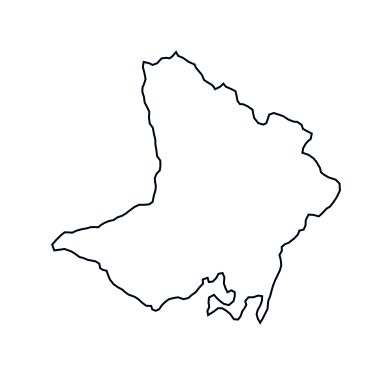 Rio Rufino, Santa Catarina, Brazil (orthographic projection), rotated 170°
{"feature_id": "56859067B87271678481012", "entity_name": "Rio Rufino", "entity_type": "district", "adm_level": 2, "iso_a3": "BRA", "parent_name": "Brazil", "parent_adm1": "Santa Catarina", "projection": "orthographic", "projection_center": [-49.748, -27.921], "detail": "fine", "context": "isolated", "style": "outline", "palette": "ink", "viewbox_px": 384, "rotation_deg": 170, "n_neighbors": 0, "source": "geoboundaries", "source_scale": "gbopen_adm2", "svg_char_len": 2876}
<svg xmlns="http://www.w3.org/2000/svg" viewBox="0 0 384 384"><g transform="rotate(170 192 192)"><path d="M46.1,167.7L45.2,174.7L48.4,179.2L55.1,182.8L59.3,186.4L61.6,189.1L61.8,193.4L64.4,200.5L66.7,204.3L70.8,208.4L76.5,211.5L74.8,216.0L71.8,219.6L69.2,221.8L65.9,223.6L63.9,228.7L68.6,232.3L71.8,234.9L72.4,239.1L76.2,242.8L79.4,243.5L84.5,246.6L88.9,250.8L92.5,252.8L97.8,255.6L102.6,254.8L104.7,250.7L106.8,246.9L110.1,246.0L114.8,248.4L117.9,254.0L118.1,258.4L118.1,262.5L122.3,266.7L126.3,269.5L129.6,270.3L131.4,273.9L131.4,279.0L131.6,283.6L134.6,286.0L140.4,289.9L142.3,293.3L145.7,290.9L151.3,289.2L153.4,293.6L156.9,296.7L160.7,300.2L161.9,305.7L164.6,310.3L166.4,313.5L167.4,317.2L172.5,320.6L177.6,325.7L182.0,328.5L183.4,332.6L187.7,329.1L190.8,327.5L193.9,328.6L198.7,328.9L204.0,324.8L208.7,324.0L211.7,326.2L217.0,328.5L218.7,323.6L218.2,317.4L218.1,311.2L220.7,306.4L222.6,303.5L223.5,299.3L222.8,293.6L223.1,288.5L221.7,284.0L220.1,278.5L221.5,272.5L221.7,266.7L219.4,262.0L219.4,256.0L219.0,249.8L219.8,245.6L219.8,240.1L220.1,233.3L217.8,228.5L218.6,223.1L219.9,219.0L223.8,216.0L226.3,212.0L226.6,207.9L226.6,203.7L227.9,199.6L230.1,195.3L232.5,189.1L236.2,187.3L241.4,187.7L246.4,188.6L251.4,187.2L257.4,184.2L261.1,182.2L265.1,180.7L269.7,180.0L274.1,178.0L279.0,177.8L283.4,176.8L287.3,175.4L290.3,173.6L294.2,174.4L298.0,175.0L301.7,174.5L306.9,174.5L312.8,173.9L316.9,172.7L320.8,173.7L324.4,174.4L328.4,172.3L333.9,168.5L338.8,164.5L337.8,158.4L333.3,158.2L327.4,158.0L321.1,154.4L317.2,150.8L314.1,147.5L310.3,145.8L306.3,143.2L299.3,140.6L295.8,137.6L295.7,132.9L293.1,130.7L289.8,129.3L289.2,125.5L288.0,119.9L285.2,114.8L281.7,111.2L277.8,108.2L275.1,104.8L272.2,101.9L266.6,98.7L263.1,95.4L260.6,91.9L256.8,87.9L252.0,86.9L251.5,83.2L248.3,81.3L244.6,82.3L241.4,85.7L237.9,88.1L233.7,90.3L228.8,90.8L223.9,90.7L218.9,87.9L213.9,88.3L210.0,90.7L205.8,92.6L201.7,96.4L197.1,99.8L196.6,104.0L191.5,104.8L191.1,100.4L187.1,100.2L183.4,102.8L180.1,106.8L176.0,106.9L174.9,102.4L176.5,96.4L175.6,91.0L174.5,87.1L170.2,88.3L167.3,85.9L167.9,82.1L170.1,77.3L175.3,74.2L180.1,76.3L183.1,79.5L185.7,82.8L188.2,86.9L193.6,85.1L194.9,80.3L195.0,75.8L197.5,72.1L197.5,68.0L191.5,70.4L186.6,73.0L182.3,72.2L179.0,69.2L175.7,65.5L172.8,59.4L168.8,58.4L165.7,61.2L163.2,65.8L160.5,68.4L158.1,71.5L158.6,75.3L154.7,78.5L149.6,77.7L144.8,78.5L141.0,77.2L142.0,72.8L144.6,68.2L147.7,64.6L149.6,60.4L149.2,55.9L147.6,51.4L144.5,54.9L141.2,59.4L138.0,63.6L136.8,68.0L135.7,71.8L133.1,75.9L131.0,80.5L128.5,85.6L125.7,90.3L122.6,94.6L118.9,99.8L116.8,104.4L116.4,110.0L116.8,114.8L113.7,118.5L113.2,122.3L109.5,124.5L105.9,125.1L99.4,128.5L95.0,131.8L93.0,135.3L88.6,135.6L86.0,139.4L84.8,144.6L81.2,149.5L76.5,148.4L71.4,146.0L68.4,147.8L65.1,150.2L62.5,152.2L58.6,153.7L54.4,157.5L50.5,161.6L46.1,167.7Z" fill="none" stroke="#020617" stroke-width="2"/></g></svg>